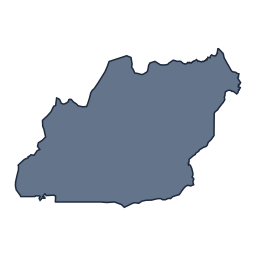 Ado Odo/Ota, Ogun, Nigeria (Mercator projection)
{"feature_id": "59680162B74094197759690", "entity_name": "Ado Odo/Ota", "entity_type": "district", "adm_level": 2, "iso_a3": "NGA", "parent_name": "Nigeria", "parent_adm1": "Ogun", "projection": "mercator", "projection_center": [3.173, 6.633], "detail": "fine", "context": "isolated", "style": "filled", "palette": "slate", "viewbox_px": 256, "rotation_deg": 0, "n_neighbors": 0, "source": "geoboundaries", "source_scale": "gbopen_adm2", "svg_char_len": 5263}
<svg xmlns="http://www.w3.org/2000/svg" viewBox="0 0 256 256"><path d="M18.1,165.2L18.4,165.8L18.5,168.1L18.3,170.4L16.9,176.0L15.6,181.9L15.4,185.9L16.2,189.8L20.0,195.0L20.8,196.6L30.6,196.6L35.0,196.5L35.8,195.8L38.1,195.9L38.9,195.9L39.5,196.1L40.1,196.4L39.1,198.4L40.1,200.4L42.0,198.2L44.9,198.2L44.7,197.2L44.0,196.8L43.5,196.7L42.8,196.3L44.1,194.8L44.9,193.9L46.3,195.6L49.4,195.4L53.4,195.1L55.5,195.9L55.6,198.4L55.3,201.6L55.5,202.0L61.1,202.0L66.4,202.0L80.5,202.0L85.9,202.0L92.5,202.0L96.7,202.0L97.9,202.0L98.8,202.0L101.1,202.0L106.8,202.5L114.6,202.0L121.5,204.6L124.3,207.3L128.5,205.3L132.5,203.3L133.5,203.0L134.1,202.9L134.9,202.8L135.3,202.8L136.5,202.9L138.7,203.3L141.8,201.2L145.9,200.3L148.0,200.2L151.3,200.1L151.7,200.1L154.4,199.4L157.5,198.7L160.7,198.6L162.5,199.7L165.5,199.7L167.9,198.5L170.8,198.5L172.4,196.8L175.1,195.8L179.1,194.7L180.5,192.9L181.5,191.3L181.8,190.8L184.2,187.8L184.9,187.1L185.5,186.5L186.6,185.8L187.6,185.3L190.8,185.9L193.5,184.8L193.7,184.7L193.0,182.6L193.1,180.5L193.7,179.7L193.6,178.3L192.1,177.3L193.0,174.7L192.9,174.1L192.9,173.4L192.6,172.0L192.0,169.5L191.8,168.6L191.3,167.4L190.5,165.7L190.3,165.4L189.3,164.3L188.5,165.0L188.2,163.9L188.3,162.8L189.0,162.2L189.1,159.3L193.4,155.6L195.3,154.5L195.7,153.2L198.7,151.2L199.5,149.8L203.2,147.5L205.9,146.5L206.7,145.8L207.1,145.4L208.2,142.4L208.8,141.8L210.9,139.8L211.6,139.0L212.2,138.1L214.0,135.6L214.2,115.4L214.2,114.9L214.2,114.2L214.4,112.6L216.1,111.0L217.1,110.3L217.6,109.8L218.0,109.2L219.0,107.7L221.7,104.2L223.1,102.6L224.2,100.7L224.8,99.8L224.6,99.3L224.6,98.6L224.3,97.1L224.9,95.6L225.2,92.3L226.7,91.0L228.1,90.4L229.0,90.3L229.6,90.3L231.4,90.8L231.9,91.4L233.4,91.4L236.7,93.9L236.9,93.6L237.3,93.4L237.9,92.7L238.2,91.6L238.5,89.9L239.2,90.0L239.5,88.8L240.3,87.8L240.3,87.5L238.6,87.1L238.3,87.0L238.2,86.8L238.7,86.2L238.4,85.9L239.0,85.2L238.7,84.9L238.6,84.7L239.4,84.6L239.4,84.1L240.1,83.7L240.2,83.4L240.4,83.0L240.5,82.8L240.6,82.7L239.8,81.4L238.3,79.1L237.6,77.9L237.8,77.7L238.0,77.6L238.1,77.4L238.3,77.2L238.5,77.0L238.4,76.9L238.2,76.6L238.3,76.4L238.4,76.2L238.5,75.8L238.6,75.1L238.8,74.7L238.9,74.1L238.9,73.8L238.2,73.7L237.8,73.6L237.1,73.3L236.8,73.2L236.1,72.6L235.9,72.4L235.5,72.3L234.2,72.0L233.4,71.9L232.5,71.7L232.3,71.6L232.0,71.3L231.7,70.9L231.3,70.5L231.2,70.4L230.3,68.9L229.3,67.1L228.0,64.7L227.4,63.9L226.9,62.9L226.8,62.7L226.1,61.5L225.8,60.9L224.8,59.2L224.5,58.5L224.3,58.1L224.0,57.3L223.8,56.4L223.3,53.9L222.9,53.2L222.5,52.7L221.9,52.2L221.0,51.2L220.6,50.8L219.5,49.6L218.5,48.7L218.4,48.7L218.3,48.9L218.0,48.9L217.9,49.0L217.7,49.0L217.7,49.9L217.7,50.2L217.1,52.8L217.3,53.4L217.0,53.5L216.3,54.5L216.1,55.1L216.0,55.6L215.8,55.6L215.6,55.6L215.2,55.9L215.0,56.0L214.9,56.0L214.7,55.9L214.3,55.8L213.8,55.8L213.6,55.8L213.4,55.8L213.3,55.7L213.0,55.6L212.8,55.5L212.6,55.4L212.1,55.1L211.6,54.9L211.5,55.0L210.9,55.5L210.6,55.9L210.5,56.3L210.4,56.7L210.2,56.9L210.1,57.1L210.1,57.7L209.7,57.7L209.3,57.5L208.9,57.5L208.3,57.4L208.2,57.5L207.9,57.4L207.9,57.7L207.8,57.8L207.7,57.8L207.5,58.4L207.3,58.7L207.1,58.9L207.1,59.0L207.0,58.9L206.9,58.8L206.6,59.0L205.9,59.7L205.9,59.9L205.9,60.0L205.9,60.6L205.4,60.6L205.2,60.6L204.7,60.7L204.4,60.7L204.3,60.8L204.3,61.0L204.2,61.1L203.8,61.4L203.5,61.5L203.4,61.6L203.0,61.4L202.7,61.3L202.5,61.5L202.0,61.7L201.4,61.7L201.2,61.7L201.1,61.8L200.9,61.8L200.6,61.7L200.1,61.5L199.7,61.3L199.3,61.2L199.1,61.1L198.7,61.1L198.3,61.2L198.0,61.3L198.0,61.2L197.9,60.8L197.6,60.6L196.7,59.9L196.4,59.6L195.7,60.2L195.6,60.3L195.3,60.4L195.2,60.5L194.6,60.8L194.1,61.1L193.9,61.2L193.6,61.0L193.4,61.1L193.2,61.3L193.1,61.5L192.8,61.7L192.7,61.9L192.6,62.0L192.4,61.9L192.2,62.2L192.0,62.3L191.7,62.4L191.6,62.5L191.4,63.0L190.6,62.8L190.3,62.8L190.2,62.8L189.9,62.4L189.4,62.4L189.2,62.5L189.2,62.8L188.9,63.1L188.6,62.7L188.3,62.4L188.1,62.4L188.0,62.5L187.9,62.5L187.8,62.4L187.7,62.4L187.6,62.5L187.4,62.7L187.3,62.9L187.2,63.0L186.9,63.4L186.7,63.5L186.0,63.8L185.5,64.0L185.3,64.1L185.0,63.9L184.9,63.9L184.5,63.8L184.2,63.7L183.7,63.6L183.3,63.4L183.1,63.3L183.0,63.2L182.7,63.1L182.3,62.7L181.9,62.4L181.7,62.2L181.4,62.0L181.3,61.8L181.1,61.5L180.9,61.4L180.5,61.3L180.0,61.3L179.7,61.2L179.1,61.2L178.7,61.3L178.3,61.3L178.0,61.3L177.6,61.3L177.3,61.3L176.8,61.3L176.4,61.2L176.1,61.0L175.6,60.8L175.1,60.7L174.7,60.6L173.6,60.2L172.7,60.5L171.7,61.2L170.4,62.2L169.2,62.8L167.6,64.5L164.2,65.0L160.4,64.8L154.9,61.4L149.9,63.0L148.7,65.2L147.8,70.2L147.2,71.7L143.2,74.3L141.4,74.5L137.4,73.4L134.7,73.0L133.1,69.3L131.7,67.3L132.1,64.1L131.0,57.5L127.3,56.0L126.8,55.7L109.1,61.5L107.3,66.5L104.9,72.0L98.1,82.9L94.3,88.5L93.8,89.1L92.9,89.7L91.7,91.2L90.7,93.0L90.1,95.7L89.1,99.4L88.0,102.8L86.6,106.5L82.7,106.8L78.2,105.8L76.5,104.0L74.7,102.8L73.5,102.0L71.3,99.5L70.6,99.3L69.3,99.4L68.8,99.7L68.8,100.3L68.6,100.7L68.3,101.0L68.2,101.8L66.9,102.7L65.0,103.7L63.8,104.0L62.8,103.9L61.2,103.2L59.7,99.7L58.7,98.8L56.6,98.0L55.6,105.6L53.6,106.3L51.1,111.6L47.2,116.0L42.5,120.3L42.7,126.2L44.0,129.5L45.6,137.0L42.2,140.4L38.4,142.8L37.5,146.3L39.8,149.5L37.2,150.6L34.1,155.2L30.8,154.8L29.6,156.1L28.1,156.7L28.2,157.8L25.2,159.0L23.8,159.9L18.1,165.2Z" fill="#64748b" stroke="#1e293b" stroke-width="1.5"/></svg>